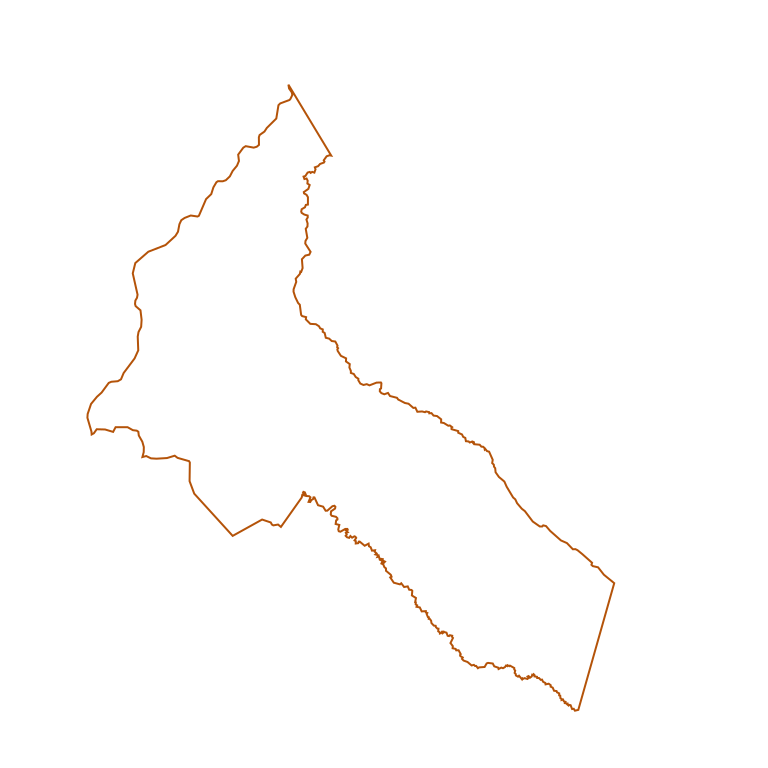 outline of Mitete, Western, Zambia, rotated 196°
{"feature_id": "96606910B13624449135340", "entity_name": "Mitete", "entity_type": "district", "adm_level": 2, "iso_a3": "ZMB", "parent_name": "Zambia", "parent_adm1": "Western", "projection": "mercator", "projection_center": [22.406, -14.284], "detail": "fine", "context": "isolated", "style": "outline", "palette": "amber", "viewbox_px": 768, "rotation_deg": 196, "n_neighbors": 0, "source": "geoboundaries", "source_scale": "gbopen_adm2", "svg_char_len": 6166}
<svg xmlns="http://www.w3.org/2000/svg" viewBox="0 0 768 768"><g transform="rotate(196 384 384)"><path d="M558.4,645.4L556.7,641.9L553.0,638.9L551.8,636.5L552.5,632.4L553.1,631.0L561.1,625.1L562.3,622.9L560.7,609.5L567.2,597.9L568.5,593.7L572.2,589.1L572.3,586.7L570.1,579.4L571.7,577.0L574.4,575.3L582.5,574.5L584.4,572.4L587.4,564.3L584.9,558.4L585.5,553.3L588.2,547.1L589.4,541.1L592.2,536.3L594.9,534.4L599.5,533.2L600.7,531.8L602.2,526.0L602.4,518.9L606.0,512.7L608.3,494.7L609.4,493.6L616.2,492.7L621.4,488.7L624.0,485.6L624.7,481.2L624.0,473.6L625.3,468.9L632.3,457.4L647.0,446.2L656.4,431.7L656.0,421.1L645.5,401.9L645.2,398.8L646.0,395.7L645.4,392.3L644.2,390.4L638.4,387.7L634.7,378.9L633.2,372.0L634.3,366.3L633.8,361.7L629.5,348.6L630.8,339.8L637.3,322.8L638.1,316.0L640.7,313.3L646.7,311.0L648.9,309.2L653.1,297.9L656.4,292.6L660.1,284.1L660.6,273.5L659.8,269.8L652.1,257.6L651.1,254.9L649.3,256.7L647.7,261.3L639.6,263.4L631.2,263.3L630.1,268.5L618.6,271.8L612.7,270.4L608.8,271.0L607.0,270.4L605.5,266.9L600.4,261.9L597.5,257.2L596.2,252.3L596.1,247.2L592.7,249.2L587.5,248.3L582.1,249.5L572.2,253.0L565.4,257.4L562.1,256.1L550.1,256.1L549.0,255.0L544.1,237.0L536.2,226.3L487.6,196.3L463.8,220.1L454.7,219.7L453.0,218.0L451.4,217.6L447.1,219.7L443.7,218.2L431.8,252.2L432.0,254.8L429.9,254.9L431.9,257.1L431.7,258.1L430.2,258.0L427.8,254.9L425.0,255.5L423.5,254.8L424.0,249.9L422.4,250.2L421.8,252.5L420.5,253.8L420.5,255.6L419.6,255.8L414.0,249.3L408.7,249.3L405.2,246.1L403.6,246.6L399.9,252.3L398.1,253.3L396.9,252.6L396.7,250.8L399.8,247.0L399.2,243.9L398.0,242.9L393.5,243.1L391.8,242.1L391.4,240.9L392.4,239.7L391.9,236.1L388.1,236.2L387.9,231.6L386.9,230.0L385.2,230.0L381.3,234.0L379.3,234.6L378.7,233.9L380.2,232.7L378.0,231.5L379.6,230.4L378.3,228.9L379.0,227.5L377.3,226.5L375.1,226.5L374.4,228.6L372.3,227.5L370.5,229.4L369.4,229.3L368.3,228.4L369.2,225.5L367.8,225.2L367.2,222.9L364.9,223.9L364.8,225.4L364.0,225.4L364.6,226.1L358.0,223.2L354.8,226.3L353.7,223.9L351.8,223.4L349.6,220.5L346.8,221.7L346.8,220.3L344.4,219.1L345.2,217.8L342.2,217.8L342.6,216.0L341.3,216.7L339.6,213.9L338.3,213.8L338.8,215.1L336.9,215.3L336.8,214.0L334.1,213.5L335.1,211.6L336.8,212.2L337.0,210.7L335.0,210.4L333.1,208.0L331.3,207.3L330.6,205.0L324.9,202.5L323.6,200.8L324.7,199.8L319.8,195.7L313.4,195.8L312.5,197.2L308.7,194.4L305.4,196.0L303.1,193.2L300.8,193.6L299.8,193.0L298.9,188.4L294.3,187.1L293.9,182.8L293.2,182.8L292.8,180.9L291.1,180.4L291.3,178.8L288.0,179.1L285.1,175.8L281.2,177.2L280.9,176.1L279.3,175.8L279.7,174.8L277.6,172.1L276.8,172.2L276.3,170.7L275.7,171.1L273.5,169.5L272.5,167.3L269.5,165.5L267.7,165.8L267.1,164.6L265.3,163.6L264.2,163.8L263.7,161.2L261.8,160.6L261.5,159.6L260.0,160.7L260.0,161.9L258.8,162.3L258.6,161.1L257.7,162.2L255.4,162.2L253.4,159.5L252.0,159.6L251.4,160.7L249.1,160.8L249.1,159.9L247.7,158.9L248.7,153.3L245.6,151.0L245.2,148.9L242.1,149.1L241.2,147.9L238.9,148.6L235.8,145.5L236.2,144.4L235.6,143.5L232.9,142.8L233.3,141.3L231.3,140.1L227.1,139.8L222.2,137.6L220.2,138.8L218.7,138.0L217.7,138.4L215.4,136.7L214.5,137.8L209.3,139.7L208.3,143.7L207.1,144.6L202.4,145.3L200.2,143.0L196.0,142.8L195.3,141.6L193.1,143.7L191.3,143.6L189.7,145.2L189.1,147.0L187.8,146.8L187.7,147.7L185.8,147.3L185.3,148.0L180.5,146.9L180.1,145.5L178.9,144.7L178.8,142.3L177.4,141.5L176.9,140.2L174.5,139.6L173.8,140.8L169.9,138.1L169.7,139.2L169.0,138.9L167.8,140.0L164.8,140.0L163.9,141.6L165.3,142.4L164.5,143.1L162.7,141.9L161.4,143.6L161.4,145.4L160.6,145.3L160.2,146.3L159.0,145.6L158.7,144.4L156.2,144.7L155.7,143.6L154.0,144.1L151.8,142.8L150.6,143.4L149.0,141.6L146.5,141.1L145.9,139.8L143.1,141.3L140.7,140.4L140.4,139.0L138.1,138.6L136.0,136.0L133.5,136.4L132.7,135.3L130.3,134.9L129.8,133.0L128.7,133.0L127.8,130.6L126.4,130.2L126.2,129.2L125.0,130.1L123.5,128.4L122.0,128.5L122.1,127.1L119.6,127.4L119.7,126.6L117.9,125.8L117.6,126.6L116.1,126.7L113.6,123.4L112.1,124.1L110.4,122.6L107.4,124.3L107.8,256.0L120.1,261.3L127.7,266.8L133.1,266.5L134.8,267.4L134.7,269.5L146.4,275.1L152.2,277.6L154.5,278.0L156.9,277.2L164.3,281.5L170.8,282.4L183.8,288.6L189.1,292.1L192.0,292.0L192.6,290.7L195.0,290.0L203.1,292.8L213.5,300.6L217.2,302.1L223.2,306.1L226.0,309.3L228.6,310.5L237.8,319.1L241.4,323.4L247.9,326.3L252.4,329.9L253.9,333.7L255.5,334.9L256.2,336.7L258.2,337.8L258.6,341.1L264.3,347.9L266.5,347.9L268.7,349.5L269.1,348.8L269.9,350.3L271.5,351.0L273.1,350.6L275.3,352.0L280.6,351.0L281.6,352.9L282.8,353.0L282.6,352.2L283.5,352.8L285.5,351.4L286.8,352.1L289.5,351.6L291.0,354.6L293.3,355.0L295.1,357.0L299.2,357.6L299.7,359.2L306.6,359.2L307.1,360.5L306.6,361.3L309.3,362.3L310.7,361.6L315.7,363.0L318.5,362.7L319.3,365.8L324.2,367.8L327.7,367.3L330.3,369.1L332.4,368.3L332.9,369.4L336.0,369.2L336.8,368.2L339.8,368.1L344.3,366.5L347.3,369.9L349.2,369.1L355.0,371.8L358.7,371.5L366.1,373.0L367.7,374.3L374.9,374.1L377.7,376.5L380.9,374.2L384.0,374.5L386.0,375.8L386.5,377.9L385.6,378.9L386.7,384.0L387.4,384.6L391.5,383.3L397.6,378.7L400.5,379.1L403.5,377.4L406.9,377.9L409.7,380.5L410.1,382.0L413.1,382.9L415.8,385.3L418.9,385.5L419.5,387.5L421.8,390.3L422.4,393.7L426.8,395.2L427.5,398.2L433.2,399.2L437.6,403.0L438.4,404.4L438.0,405.8L439.2,406.5L439.3,408.1L442.5,411.4L446.1,410.9L449.2,412.5L452.7,412.4L455.1,416.7L457.3,417.3L457.9,419.6L460.7,419.9L462.4,421.6L466.0,422.7L471.4,421.5L477.0,424.6L477.3,426.8L481.4,426.7L482.7,427.6L486.8,437.0L488.9,438.2L493.2,443.0L496.4,447.8L497.0,450.2L496.5,458.0L497.9,460.9L495.2,466.6L495.4,469.0L494.5,468.9L494.2,473.0L497.3,481.3L495.0,485.8L491.5,487.7L491.0,490.8L498.4,497.3L498.9,499.9L498.0,503.4L502.0,511.6L501.0,514.3L501.7,517.3L503.9,520.7L503.2,523.1L503.8,524.9L507.3,524.9L510.3,525.8L511.1,526.9L511.3,529.3L508.7,532.1L508.5,534.6L506.6,535.5L508.6,542.6L510.6,544.5L513.4,545.2L514.0,546.4L510.5,550.7L510.3,554.8L512.9,555.6L513.4,558.4L515.1,560.2L517.0,559.1L518.5,561.2L516.9,562.3L515.7,566.2L513.8,567.4L512.7,566.7L511.5,568.1L509.2,568.0L509.0,571.5L510.2,573.2L507.4,575.2L506.1,577.9L502.8,580.3L502.5,581.4L503.6,582.4L501.9,587.1L499.5,588.8L497.7,589.0L558.4,645.4Z" fill="none" stroke="#b45309" stroke-width="2"/></g></svg>